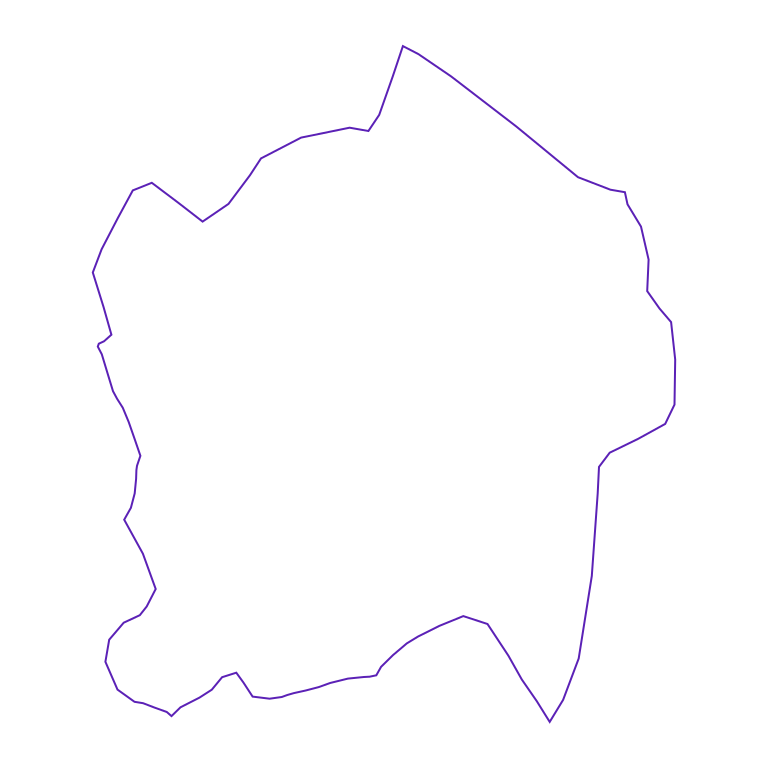 the border of Kigali City
{"feature_id": "RWA-3495", "entity_name": "Kigali City", "entity_type": "Province", "adm_level": 1, "iso_a3": "RWA", "parent_name": "Rwanda", "parent_adm1": "", "projection": "natural_earth1", "projection_center": [30.091, -1.927], "detail": "fine", "context": "isolated", "style": "outline", "palette": "violet", "viewbox_px": 768, "rotation_deg": 0, "n_neighbors": 0, "source": "natural_earth", "source_scale": "10m", "svg_char_len": 1320}
<svg xmlns="http://www.w3.org/2000/svg" viewBox="0 0 768 768"><path d="M171.5,716.1L166.8,712.0L154.3,707.5L143.1,703.2L134.5,701.8L117.5,689.6L105.4,661.8L109.2,639.7L123.7,622.7L139.8,615.2L146.7,606.5L155.7,589.0L142.9,553.7L124.2,519.7L130.9,507.8L134.7,493.4L136.1,478.9L136.4,470.1L137.0,465.8L140.4,455.8L134.7,439.2L128.7,422.0L122.8,407.8L117.1,398.8L113.0,391.2L107.7,373.8L101.8,354.3L97.8,346.6L98.8,343.7L104.0,341.3L111.4,334.7L103.6,307.2L92.8,272.5L101.6,249.3L117.8,218.1L132.8,190.4L151.8,182.8L178.2,202.7L202.6,221.6L228.5,203.9L250.0,175.2L261.0,158.4L301.1,137.6L349.6,127.7L368.4,131.0L379.2,114.9L392.9,76.0L402.9,46.1L418.4,54.1L451.1,76.4L516.3,126.5L578.0,177.2L610.4,189.7L624.9,192.2L627.5,204.3L641.0,226.6L648.6,259.6L647.2,291.1L659.5,308.5L671.1,322.1L675.2,359.6L674.5,404.6L665.2,423.9L638.2,438.8L609.7,452.7L599.0,466.9L597.7,493.4L591.8,576.0L578.7,658.5L563.1,699.9L549.7,721.9L536.8,701.2L521.8,679.5L508.4,655.7L487.5,624.0L463.3,616.1L439.3,625.9L418.1,636.5L406.8,643.4L393.0,655.1L381.1,666.8L376.3,675.3L369.6,676.7L363.9,677.0L347.9,678.6L330.1,683.0L318.7,687.1L305.7,690.5L293.9,693.1L287.3,695.0L281.8,697.0L269.6,698.7L252.6,696.6L243.4,682.5L236.3,672.7L222.1,677.2L211.8,689.7L199.5,697.6L180.5,707.3L171.5,716.1Z" fill="none" stroke="#5b21b6" stroke-width="2"/></svg>